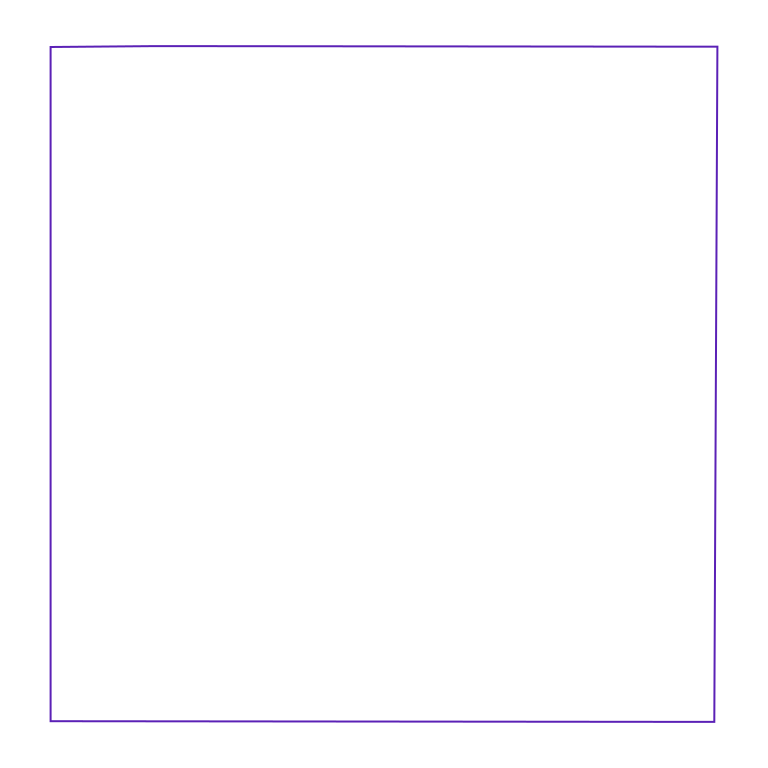 outline of Glasscock, Texas, United States of America
{"feature_id": "52423323B694996530293", "entity_name": "Glasscock", "entity_type": "district", "adm_level": 2, "iso_a3": "USA", "parent_name": "United States of America", "parent_adm1": "Texas", "projection": "robinson", "projection_center": [-101.592, 31.869], "detail": "fine", "context": "isolated", "style": "outline", "palette": "violet", "viewbox_px": 768, "rotation_deg": 0, "n_neighbors": 0, "source": "geoboundaries", "source_scale": "gbopen_adm2", "svg_char_len": 193}
<svg xmlns="http://www.w3.org/2000/svg" viewBox="0 0 768 768"><path d="M50.6,721.2L714.3,721.9L717.4,46.7L156.2,46.1L50.6,47.0L50.6,721.2Z" fill="none" stroke="#5b21b6" stroke-width="2"/></svg>